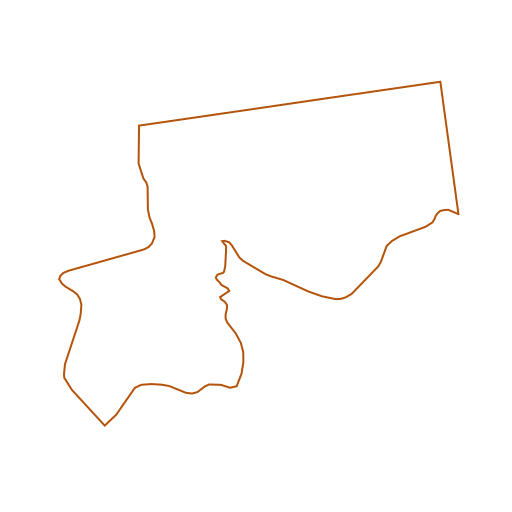 the border of Wele-Nzás, rotated 262°
{"feature_id": "GNQ-1471", "entity_name": "Wele-Nzás", "entity_type": "Province", "adm_level": 1, "iso_a3": "GNQ", "parent_name": "Equatorial Guinea", "parent_adm1": "", "projection": "natural_earth1", "projection_center": [10.876, 1.497], "detail": "fine", "context": "isolated", "style": "outline", "palette": "amber", "viewbox_px": 512, "rotation_deg": 262, "n_neighbors": 0, "source": "natural_earth", "source_scale": "10m", "svg_char_len": 1444}
<svg xmlns="http://www.w3.org/2000/svg" viewBox="0 0 512 512"><g transform="rotate(262 256 256)"><path d="M401.4,158.3L401.8,245.3L402.4,354.1L402.9,462.8L295.5,462.4L269.3,462.3L269.3,462.2L270.0,461.1L275.0,452.8L275.3,449.1L275.0,444.6L273.0,441.7L270.5,439.4L267.5,437.7L264.7,435.4L261.4,428.2L255.5,401.0L251.9,392.6L247.8,386.8L232.9,378.9L228.5,375.4L205.2,345.5L202.5,338.9L201.7,333.3L202.3,328.7L206.9,315.7L213.7,302.7L228.5,279.6L233.8,267.9L236.6,263.0L252.8,242.7L256.9,239.3L269.6,233.7L273.2,231.5L275.4,227.0L275.4,224.6L272.0,226.5L270.6,227.5L268.8,227.7L250.6,224.2L244.9,222.2L243.8,220.9L243.2,216.5L242.4,214.6L240.0,213.2L237.5,214.3L234.9,216.3L232.3,217.6L227.9,223.4L225.1,224.6L220.3,214.7L217.9,215.5L215.0,218.7L211.5,220.5L207.9,219.9L201.7,217.6L198.3,217.2L194.1,218.3L182.3,225.1L172.0,228.9L162.5,230.0L152.6,228.7L141.5,225.3L129.7,218.7L129.2,211.9L133.3,203.3L135.3,191.7L133.9,187.1L129.4,179.1L128.7,173.6L130.2,167.7L139.4,151.8L141.8,144.2L143.8,134.3L144.4,124.6L142.4,117.8L118.3,95.5L109.1,82.6L149.1,55.0L162.1,49.2L165.6,49.4L175.5,51.8L216.6,72.1L222.9,74.3L232.0,76.3L237.9,75.7L242.8,73.6L246.3,70.3L252.0,63.3L255.5,60.1L260.4,57.9L263.5,59.4L266.0,62.7L267.5,68.3L278.1,146.0L279.9,151.0L282.9,154.7L288.9,158.2L294.9,158.6L302.0,157.6L309.2,155.9L317.1,155.4L339.9,158.3L344.3,157.5L348.4,155.3L363.9,152.6L401.2,158.3L401.4,158.3Z" fill="none" stroke="#b45309" stroke-width="2"/></g></svg>